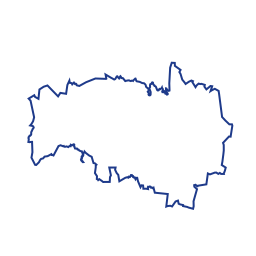 Yécora, Sonora, Mexico, rotated 189°
{"feature_id": "50627088B85218670408267", "entity_name": "Yécora", "entity_type": "district", "adm_level": 2, "iso_a3": "MEX", "parent_name": "Mexico", "parent_adm1": "Sonora", "projection": "equal_earth", "projection_center": [-108.893, 28.413], "detail": "fine", "context": "isolated", "style": "outline", "palette": "blue", "viewbox_px": 256, "rotation_deg": 189, "n_neighbors": 0, "source": "geoboundaries", "source_scale": "gbopen_adm2", "svg_char_len": 5698}
<svg xmlns="http://www.w3.org/2000/svg" viewBox="0 0 256 256"><g transform="rotate(189 128 128)"><path d="M214.0,77.1L212.9,77.1L210.6,80.2L209.8,82.6L209.0,83.9L207.1,84.7L205.9,86.7L203.0,87.6L199.6,90.2L199.1,89.4L198.4,89.5L197.3,89.2L193.8,99.3L191.9,100.4L189.2,99.8L188.6,100.2L188.2,99.7L187.8,99.6L187.2,99.6L185.8,100.2L185.1,100.1L184.0,99.8L183.0,101.0L182.3,101.2L182.0,101.0L181.8,101.0L181.7,101.6L181.9,102.0L181.9,102.5L180.8,102.2L180.6,102.2L180.4,102.3L179.8,102.8L179.4,103.3L178.8,103.4L178.6,103.3L178.4,103.0L178.6,101.8L178.2,101.6L177.9,101.2L177.8,100.5L177.5,100.2L177.2,99.5L176.3,99.5L175.6,99.7L175.0,99.7L174.9,99.6L174.6,98.9L174.4,98.8L174.0,99.0L173.4,98.9L173.2,98.7L172.9,98.3L172.5,98.1L172.0,98.0L171.6,97.8L170.8,97.7L170.2,97.7L169.9,97.7L169.6,96.9L169.2,96.6L168.4,94.4L168.4,94.0L169.3,92.6L169.1,91.9L169.5,89.3L169.1,88.6L167.3,87.2L166.9,87.3L167.8,88.2L168.9,88.7L169.2,89.2L168.8,90.3L168.7,91.9L168.9,92.4L168.7,92.7L168.4,92.9L168.2,93.1L168.0,93.6L167.9,94.1L167.9,94.5L168.0,94.7L168.1,95.2L168.6,95.8L168.7,96.1L168.8,96.4L168.7,96.6L168.2,96.6L168.0,96.8L167.5,96.7L167.3,96.9L167.1,97.3L167.1,97.8L166.0,96.9L162.0,94.7L159.4,93.9L156.6,88.0L155.1,87.9L153.4,86.8L154.0,85.9L153.7,84.2L153.6,78.3L151.1,75.6L150.8,72.7L149.7,72.4L149.3,71.9L148.4,73.0L145.7,71.7L144.1,70.8L137.6,71.9L138.1,76.7L137.5,78.6L140.3,86.0L134.1,87.0L134.2,84.7L132.1,81.7L130.3,80.2L128.2,74.0L122.9,78.4L121.4,79.1L121.0,79.3L120.7,79.2L120.5,79.3L120.2,79.0L119.9,78.9L119.8,79.0L119.8,79.3L119.5,79.9L119.2,79.6L119.0,79.8L118.9,79.9L118.4,79.9L118.0,80.8L117.7,82.0L116.9,82.1L116.7,81.3L115.6,81.4L115.4,81.3L115.3,81.0L115.3,80.6L115.3,80.4L114.8,80.3L114.6,80.0L114.4,80.0L113.7,80.3L112.6,78.6L112.1,79.9L111.7,79.9L111.3,80.3L111.1,80.2L110.5,78.7L110.3,78.0L110.1,77.7L109.7,76.8L106.4,71.5L105.7,73.5L104.1,73.6L103.3,70.4L100.6,70.9L98.6,70.8L99.1,72.9L99.0,73.1L98.5,72.9L98.1,73.0L97.7,73.3L97.5,73.6L97.3,73.7L96.4,73.5L96.2,73.3L95.8,72.6L95.5,72.7L95.2,72.7L94.8,72.9L94.3,72.5L93.8,72.7L93.5,72.3L93.3,72.7L91.4,68.3L78.4,69.0L77.9,56.4L76.7,57.1L74.1,57.8L72.2,57.4L69.5,62.9L67.3,64.1L66.1,61.1L64.5,60.7L61.5,60.5L61.4,59.5L57.2,59.3L55.7,58.9L51.1,58.4L50.9,61.0L51.8,65.9L50.3,78.4L53.3,80.4L53.7,81.9L52.4,82.5L50.6,81.3L50.2,81.3L50.0,81.9L41.8,84.6L42.0,95.6L39.8,95.0L35.3,97.5L33.9,97.8L31.6,96.8L30.3,98.0L28.9,97.2L26.2,97.6L26.3,97.8L25.6,101.1L25.3,104.2L29.6,106.1L29.5,109.6L29.7,116.9L29.9,120.8L30.8,126.3L31.8,128.2L26.9,135.4L25.3,135.5L25.3,146.6L25.9,147.9L28.5,147.5L33.0,150.6L36.8,153.6L43.3,175.7L44.3,178.8L48.4,180.3L51.1,178.4L52.2,177.4L51.4,182.4L53.1,182.4L56.6,178.4L59.0,180.8L58.9,182.6L62.4,183.1L63.6,182.7L65.2,182.9L66.9,180.8L67.7,178.9L71.6,183.4L71.2,184.4L72.8,184.8L75.0,183.3L78.0,180.5L79.0,181.6L82.0,184.3L84.5,189.5L86.0,191.3L85.2,193.6L91.4,196.7L92.0,199.6L95.0,199.3L95.8,194.2L94.2,178.5L92.9,171.8L92.9,171.4L93.1,171.3L93.9,171.0L94.3,171.1L95.7,172.3L96.2,173.0L96.4,173.1L96.7,173.1L96.4,171.5L95.9,170.8L95.8,169.9L95.6,169.5L95.6,169.1L95.4,169.0L95.2,168.9L95.1,169.0L94.7,168.8L94.4,168.4L94.2,168.2L94.0,167.8L94.1,167.5L94.3,167.3L94.5,167.2L94.7,167.3L94.9,167.2L95.4,168.0L96.4,167.7L96.6,167.9L97.2,169.4L97.7,169.7L97.9,170.1L98.2,170.3L98.3,170.3L98.4,169.9L98.4,169.2L98.5,168.9L99.1,169.0L99.6,168.8L99.9,169.2L99.9,169.6L99.8,170.0L99.5,170.4L99.5,171.3L99.8,172.1L100.1,172.4L100.6,172.7L100.8,173.2L101.0,172.6L101.3,172.3L101.6,172.1L102.3,171.3L102.5,171.2L102.9,171.5L103.0,171.4L103.0,171.0L103.5,170.8L103.4,170.6L103.7,170.0L104.3,169.7L104.9,169.9L105.4,170.4L105.6,170.9L106.1,171.6L106.3,172.1L107.0,173.2L107.3,173.4L108.3,173.6L108.4,174.0L108.5,174.2L108.7,174.3L109.5,174.7L109.8,175.0L110.1,175.6L110.3,176.4L110.5,176.7L110.8,176.9L111.1,176.8L111.4,176.7L111.5,176.5L111.8,175.2L112.1,175.0L112.4,175.0L112.8,174.8L112.9,174.6L112.9,173.2L112.6,172.0L112.7,171.3L113.1,170.7L113.2,169.8L112.6,169.4L112.1,168.7L111.9,168.1L111.7,167.9L111.4,167.4L111.3,167.2L111.1,166.3L111.2,165.5L111.0,165.3L111.0,165.0L111.0,164.8L110.9,164.4L111.4,163.7L111.6,163.6L112.5,163.7L112.8,164.0L113.0,164.4L113.0,164.5L112.7,165.1L112.8,165.6L114.1,166.8L114.2,167.0L113.5,167.8L113.4,168.0L114.0,170.1L114.2,170.3L114.6,170.3L116.3,171.3L116.7,171.7L117.0,172.6L117.4,173.4L117.8,173.8L119.2,174.7L121.0,174.6L123.6,175.4L126.7,175.5L127.1,175.8L127.8,177.0L128.3,178.0L128.5,178.0L130.3,175.7L130.4,175.3L130.7,175.4L131.6,175.4L132.5,174.8L133.9,175.0L134.3,175.2L135.4,175.0L137.3,174.3L137.9,173.9L138.1,173.9L139.1,175.0L139.6,175.2L140.0,175.5L140.1,175.9L140.5,176.3L141.1,176.4L141.8,176.5L142.3,176.3L142.8,177.0L143.1,177.6L143.6,178.0L143.9,177.5L144.1,176.5L144.5,175.5L144.9,175.7L146.2,177.0L146.6,177.4L146.8,177.4L147.2,177.1L148.2,174.5L149.0,173.8L149.5,173.8L151.2,174.5L152.2,174.8L158.5,177.3L157.1,173.3L157.3,173.1L167.9,171.8L176.5,166.7L182.7,161.9L183.3,162.0L185.1,162.1L185.5,162.3L185.9,163.3L186.2,163.5L186.5,163.6L187.3,163.2L188.5,164.4L189.9,162.4L190.7,163.5L192.6,163.5L193.3,165.6L194.6,161.0L194.5,152.1L200.3,152.1L202.0,148.3L214.2,157.4L217.7,155.6L221.5,152.2L221.0,142.8L224.7,144.2L225.7,145.7L230.7,141.5L228.5,139.7L222.4,123.9L222.8,119.8L224.0,116.8L225.0,115.2L223.1,115.1L221.9,114.8L221.5,114.2L221.2,113.6L221.6,112.6L222.1,111.9L222.1,111.4L222.3,111.0L222.4,110.1L222.8,109.5L222.9,107.9L222.6,106.9L222.8,105.9L223.4,105.1L223.7,105.2L223.9,105.1L223.9,104.8L224.1,104.7L224.4,104.1L224.4,103.8L224.8,103.3L224.8,103.2L224.6,102.4L224.5,102.2L224.4,101.9L224.5,101.8L224.2,101.2L224.2,98.6L223.0,98.6L221.6,99.1L220.6,99.3L218.6,89.1L218.7,83.6L214.0,77.1Z" fill="none" stroke="#1e3a8a" stroke-width="2"/></g></svg>